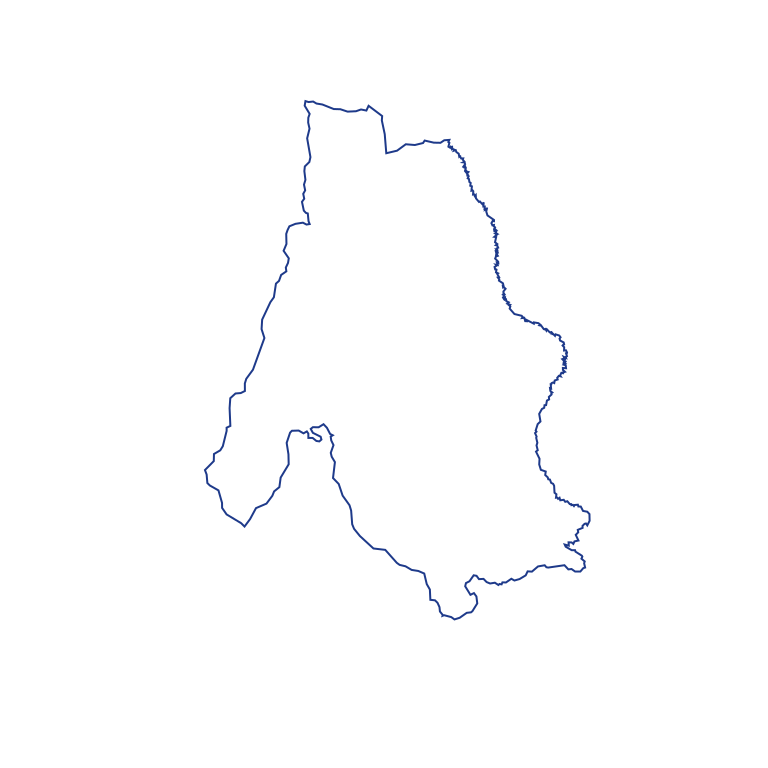 the district of Requena, Loreto, Peru, rotated 321°
{"feature_id": "86281439B4409689759703", "entity_name": "Requena", "entity_type": "district", "adm_level": 2, "iso_a3": "PER", "parent_name": "Peru", "parent_adm1": "Loreto", "projection": "natural_earth1", "projection_center": [-73.578, -5.99], "detail": "fine", "context": "isolated", "style": "outline", "palette": "blue", "viewbox_px": 768, "rotation_deg": 321, "n_neighbors": 0, "source": "geoboundaries", "source_scale": "gbopen_adm2", "svg_char_len": 6166}
<svg xmlns="http://www.w3.org/2000/svg" viewBox="0 0 768 768"><g transform="rotate(321 384 384)"><path d="M179.6,386.3L185.4,402.3L185.9,407.0L194.9,404.7L206.4,399.9L217.4,403.0L226.9,400.6L231.0,398.3L237.8,398.3L244.8,391.7L259.4,386.4L265.5,378.5L271.3,368.5L280.4,362.7L283.0,362.4L288.4,366.5L290.4,371.7L294.2,372.3L294.0,374.9L291.3,378.3L294.6,381.0L295.6,385.7L297.6,387.9L300.4,387.8L301.6,385.1L298.0,377.2L298.8,372.8L301.5,372.8L306.0,376.5L311.7,377.2L312.1,382.1L310.7,388.9L311.9,391.6L309.5,391.3L307.5,394.6L306.3,399.7L299.3,404.0L297.6,407.6L296.7,413.8L285.2,425.0L285.9,433.2L281.6,444.7L280.9,456.5L278.8,461.7L271.0,473.0L269.6,477.7L269.6,487.0L272.3,505.2L280.6,513.7L281.4,531.0L282.3,534.4L286.0,539.2L288.5,545.9L293.0,550.9L296.0,556.6L291.3,566.4L290.3,572.6L284.2,580.9L287.5,584.2L287.9,587.7L286.7,592.3L284.3,596.0L284.3,600.5L283.6,601.0L285.2,601.5L289.6,607.5L290.6,611.3L295.7,613.3L304.3,613.9L307.9,616.2L309.7,616.2L318.4,613.2L322.1,607.3L322.3,603.1L318.5,602.2L319.8,592.3L322.4,590.3L326.3,591.1L333.3,589.1L335.2,591.3L335.0,595.4L338.7,598.1L339.1,602.5L340.9,605.8L345.1,608.2L346.4,612.2L347.9,612.1L349.3,613.7L351.2,612.7L353.9,615.0L360.4,615.5L361.7,618.8L366.6,620.9L373.7,621.9L377.7,620.0L380.9,622.9L388.9,622.7L394.8,626.0L394.9,628.6L396.1,630.0L410.2,638.4L410.6,644.1L413.3,645.8L414.5,650.0L418.6,653.3L423.0,652.5L424.8,653.2L426.7,649.3L428.3,648.2L427.5,644.0L429.5,643.0L429.7,641.9L427.3,634.8L427.9,633.4L425.3,631.3L422.8,624.8L423.4,622.5L425.9,625.9L427.8,623.2L430.1,625.2L430.5,627.4L433.0,626.2L436.6,628.0L438.1,621.9L441.6,621.5L442.8,619.3L447.8,620.8L449.0,619.2L451.9,618.9L453.2,619.5L453.0,621.8L457.7,619.7L461.8,614.4L461.6,611.2L458.8,607.9L459.8,603.1L458.0,601.5L458.7,599.8L456.0,598.0L454.8,598.4L454.8,596.9L453.4,596.1L453.9,595.2L452.8,594.2L452.7,590.5L450.7,589.6L450.8,587.1L447.8,585.3L448.8,582.9L447.0,582.8L447.0,580.8L446.2,580.5L448.6,578.2L448.1,575.8L452.2,570.1L452.6,568.0L451.7,566.0L452.8,562.7L451.7,561.4L452.5,559.6L452.0,556.2L454.6,553.8L451.9,549.4L454.0,544.2L457.8,540.0L459.6,532.2L461.8,532.2L463.9,527.7L466.2,526.2L468.4,521.6L469.5,520.9L470.5,517.2L472.5,517.0L472.6,515.6L478.2,511.9L482.0,511.6L485.8,504.9L491.0,502.8L493.5,503.3L495.4,501.5L496.7,502.4L500.2,499.4L502.6,499.9L504.0,497.8L507.6,497.6L508.3,496.3L509.4,496.5L508.9,494.1L510.4,491.7L511.0,492.7L513.4,489.1L514.5,490.0L514.0,489.2L514.8,488.8L516.3,489.2L516.9,490.4L518.9,488.7L521.8,489.8L522.5,488.2L525.0,487.7L526.1,489.2L526.2,488.2L528.8,487.0L530.5,489.0L530.1,487.5L532.3,488.4L531.9,485.7L533.1,484.1L535.4,486.3L537.0,483.8L535.9,482.2L537.4,482.3L536.5,481.0L537.4,480.2L537.7,481.5L539.1,480.9L538.3,480.0L540.0,478.9L538.3,478.0L538.2,476.9L540.4,477.7L540.8,476.0L541.9,478.3L542.3,477.3L543.7,477.5L545.1,473.8L545.1,475.4L546.1,474.7L546.6,472.3L545.0,471.3L547.2,468.8L547.0,466.5L548.6,466.2L548.5,467.3L549.8,464.8L548.2,461.0L549.0,459.2L550.6,458.8L550.7,456.6L548.6,453.4L547.2,454.2L546.9,451.1L546.1,452.0L546.5,450.6L545.8,450.0L546.6,448.9L545.3,448.2L545.0,444.1L543.8,444.7L544.3,442.0L543.5,443.1L542.7,441.9L542.9,437.7L541.8,436.3L542.8,436.3L542.3,433.9L539.3,430.5L538.4,431.4L535.1,423.9L534.5,425.1L533.3,424.0L534.7,420.8L532.8,419.6L534.0,419.2L533.9,417.6L529.4,411.7L529.1,404.5L531.0,403.2L530.7,401.4L531.7,401.6L530.4,399.1L532.3,399.0L531.2,396.7L532.1,395.0L531.1,394.6L532.3,393.2L530.7,393.3L530.9,391.9L532.1,392.2L532.2,390.9L533.7,390.5L533.0,389.5L535.0,389.5L533.6,389.1L535.1,387.2L538.4,386.5L538.1,384.2L537.3,384.0L537.9,382.9L538.3,383.7L539.8,380.6L538.4,376.0L539.4,375.3L539.5,372.9L540.6,373.5L541.3,369.5L542.2,369.6L541.3,367.7L543.4,365.9L543.0,364.9L542.2,365.6L543.6,362.6L546.2,362.9L546.1,361.8L547.2,363.1L548.1,360.8L548.9,362.0L549.7,360.8L549.3,356.5L551.3,355.3L553.1,356.0L553.3,354.3L552.1,354.5L553.4,353.3L555.0,353.6L555.1,352.5L553.7,352.8L554.5,351.0L555.5,351.7L555.8,350.2L556.4,351.1L557.1,349.6L558.5,349.9L559.1,347.7L558.3,346.5L560.1,346.5L559.5,343.7L563.6,340.4L562.4,339.1L565.7,339.0L565.3,337.6L566.4,338.3L566.0,336.8L567.2,336.1L565.9,334.8L566.7,333.4L567.9,334.4L567.6,332.7L568.9,332.2L568.6,330.4L569.5,329.6L568.1,328.9L568.7,326.6L571.0,325.7L571.9,326.7L572.7,325.8L570.5,318.1L572.0,314.3L573.8,312.9L572.4,312.4L573.6,311.9L572.3,311.2L574.0,309.5L572.9,308.6L575.8,305.6L573.6,306.3L573.4,302.5L572.4,302.3L572.3,297.6L574.2,294.9L572.8,295.1L573.4,292.6L572.7,292.5L574.7,290.4L574.7,289.2L573.6,288.8L576.7,285.7L575.8,284.2L577.9,282.3L577.5,280.7L579.0,278.2L578.5,276.8L580.5,275.9L580.8,274.8L580.0,274.4L581.0,272.8L583.0,272.4L582.0,270.9L582.2,269.2L581.0,270.5L581.0,269.4L583.4,267.7L582.8,266.6L583.7,266.9L584.2,265.4L583.3,264.8L585.4,264.2L586.0,262.5L585.1,261.6L586.4,261.9L586.4,259.1L587.5,258.5L585.9,257.2L586.4,254.8L587.3,254.4L585.6,254.6L587.0,252.0L586.2,249.3L586.9,247.4L585.2,246.7L586.2,246.3L585.1,244.1L586.2,242.5L585.2,242.0L585.6,243.1L584.6,243.8L585.0,241.6L584.0,241.8L583.4,240.1L586.6,237.7L586.3,236.4L588.4,235.4L584.2,232.5L579.7,232.1L574.6,227.8L568.8,220.4L566.0,221.3L558.4,217.7L551.8,211.4L541.0,210.9L531.0,206.1L541.8,190.3L548.2,177.8L551.2,174.6L547.1,158.1L542.4,160.4L538.9,156.2L533.9,154.4L527.1,149.4L523.0,143.0L518.0,138.7L512.0,128.0L508.0,123.5L506.7,119.9L502.8,117.4L501.0,114.7L497.5,117.8L496.2,127.3L492.8,129.4L489.6,133.1L486.8,138.7L478.9,144.7L469.6,161.4L465.7,164.5L459.4,165.1L456.1,168.4L451.4,175.9L447.3,178.7L444.6,183.9L440.9,185.4L438.6,189.8L434.9,190.8L430.8,198.8L431.0,201.9L432.1,203.5L427.8,210.0L426.9,212.9L424.1,211.3L422.5,207.6L416.0,203.8L409.7,201.9L405.9,203.7L402.5,205.8L396.3,213.8L389.8,217.3L389.1,226.4L385.6,229.5L381.0,231.7L379.0,235.0L372.7,234.5L367.3,237.8L363.2,238.0L353.0,247.3L347.2,248.9L329.8,257.3L323.4,264.3L320.0,273.0L291.2,290.4L280.2,293.3L276.2,296.0L271.5,301.9L267.0,300.9L262.6,297.9L255.6,298.3L248.8,305.6L238.2,319.9L234.2,318.9L232.2,321.4L219.6,330.9L215.0,332.5L207.8,331.4L203.2,336.8L190.7,338.2L189.2,342.7L184.4,349.8L184.8,353.3L188.4,362.5L183.3,374.5L180.2,378.4L179.6,386.3Z" fill="none" stroke="#1e3a8a" stroke-width="2"/></g></svg>